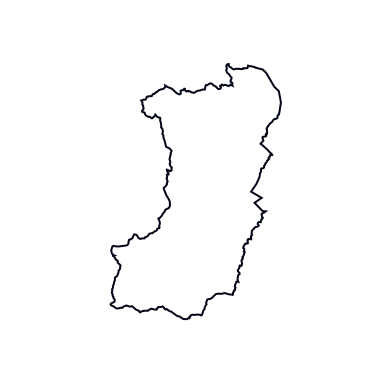 outline of Musi Rawas Utara, Sumatera Selatan, Indonesia, rotated 312°
{"feature_id": "22746128B26074251210079", "entity_name": "Musi Rawas Utara", "entity_type": "district", "adm_level": 2, "iso_a3": "IDN", "parent_name": "Indonesia", "parent_adm1": "Sumatera Selatan", "projection": "natural_earth1", "projection_center": [102.781, -2.706], "detail": "fine", "context": "isolated", "style": "outline", "palette": "ink", "viewbox_px": 384, "rotation_deg": 312, "n_neighbors": 0, "source": "geoboundaries", "source_scale": "gbopen_adm2", "svg_char_len": 6025}
<svg xmlns="http://www.w3.org/2000/svg" viewBox="0 0 384 384"><g transform="rotate(312 192 192)"><path d="M142.7,291.0L143.3,291.0L144.7,289.8L147.6,289.5L147.4,289.2L148.2,289.1L150.1,288.3L150.2,287.3L151.8,286.2L154.0,285.6L154.5,285.1L155.6,285.3L156.2,286.5L156.9,285.0L158.3,283.7L161.3,281.9L162.8,282.3L163.7,281.4L163.7,279.9L164.1,278.7L165.6,278.2L167.5,277.9L168.0,277.2L168.6,277.1L168.9,276.8L169.6,276.8L170.1,278.1L172.1,277.4L173.8,275.0L175.3,274.2L175.5,274.4L176.3,274.5L177.3,273.7L177.5,273.0L179.3,272.9L180.5,272.2L182.5,271.5L182.5,270.3L183.8,269.7L184.7,268.8L184.9,268.2L184.6,267.5L186.3,266.6L187.5,266.6L188.2,266.2L189.2,266.2L190.0,266.9L190.0,266.7L191.6,267.6L192.4,266.6L193.1,266.1L193.1,265.7L193.5,265.3L194.7,265.3L195.3,266.0L195.5,265.8L195.3,266.0L195.8,266.4L196.4,267.6L197.4,267.0L197.4,266.3L198.8,265.4L200.4,265.3L200.6,264.5L203.2,262.5L208.3,262.5L210.0,263.8L211.0,264.2L211.8,264.0L211.9,262.8L212.8,261.7L214.3,261.7L215.6,263.3L217.2,262.2L219.9,262.0L219.7,261.4L220.5,261.0L220.9,260.0L222.3,258.3L225.0,259.3L226.9,259.7L225.1,257.2L225.8,245.7L234.2,247.7L231.8,235.7L241.4,234.4L248.3,232.1L249.5,231.5L250.9,230.2L253.1,229.7L254.0,229.1L254.3,228.5L255.8,227.8L257.6,229.1L258.5,229.1L259.5,228.1L261.1,228.1L262.1,227.5L263.9,227.6L264.6,227.2L265.8,226.9L266.6,227.2L266.8,227.0L268.1,227.1L268.0,226.5L269.2,225.8L270.2,226.1L270.2,225.9L271.1,225.9L271.9,225.3L273.2,226.7L273.6,225.7L273.6,221.7L273.9,221.0L273.9,211.6L273.7,210.7L277.9,210.7L279.7,207.8L280.5,207.8L282.8,209.7L283.6,209.7L283.6,210.2L283.6,208.8L284.7,208.1L285.1,208.8L286.1,208.4L288.5,205.9L288.6,205.3L289.0,205.0L291.4,204.6L291.4,204.4L295.3,204.2L297.3,204.6L300.5,204.2L301.9,204.7L302.4,205.6L302.4,206.2L302.5,205.7L304.6,205.8L305.8,204.7L306.5,204.5L307.1,204.6L308.2,204.2L308.3,204.5L318.0,198.2L325.0,189.1L325.3,182.6L330.2,167.3L330.3,162.5L330.0,162.0L326.8,155.8L327.0,155.7L325.3,152.2L324.3,151.0L323.4,149.1L321.2,150.3L318.9,148.2L318.7,147.6L317.9,147.6L317.7,147.1L317.1,147.1L316.1,146.3L315.2,144.8L312.9,142.1L310.9,140.9L310.5,138.1L310.6,137.5L310.2,135.9L310.6,134.7L311.7,133.7L310.5,132.8L308.6,133.0L308.1,134.1L307.1,135.3L305.3,136.0L304.2,138.2L304.2,141.3L303.5,143.6L303.5,144.8L302.7,145.5L300.8,146.0L300.5,146.6L299.6,147.0L299.6,147.7L300.0,148.2L300.0,149.1L299.3,149.8L298.4,149.9L298.1,150.7L297.6,148.9L297.2,148.7L296.0,148.7L295.0,148.0L294.2,145.6L293.3,144.4L292.1,144.0L292.1,142.9L291.7,142.3L291.3,142.2L290.5,142.5L289.6,141.9L289.4,142.1L289.2,143.4L288.7,143.8L287.1,143.7L286.6,143.3L286.2,142.7L286.0,141.8L286.3,139.5L285.6,136.3L285.8,134.5L285.3,133.3L284.3,132.5L281.6,131.8L280.7,130.8L278.9,131.6L276.8,133.0L274.7,130.9L273.5,130.4L270.6,128.3L267.3,127.2L266.7,126.8L265.6,124.6L265.5,123.1L264.7,122.4L264.7,121.6L264.2,121.1L263.0,120.7L262.9,118.9L263.9,117.9L263.6,117.1L261.8,117.2L260.3,116.0L259.7,115.8L257.6,117.8L256.8,117.8L256.3,117.4L255.8,116.6L255.2,114.4L255.3,108.0L253.6,103.3L253.2,100.8L252.3,101.9L249.9,101.8L249.0,101.5L247.6,100.3L245.4,99.2L243.7,99.2L241.9,98.4L240.3,98.5L238.3,97.4L236.6,97.9L235.9,97.7L234.6,96.0L233.6,95.8L232.9,94.8L232.0,94.8L230.4,95.6L229.2,95.4L227.8,93.9L226.0,93.0L225.5,95.2L223.9,96.4L223.4,98.0L222.6,98.7L222.1,99.8L221.6,99.9L220.7,100.7L219.1,100.5L218.3,101.3L218.3,101.8L219.3,103.7L218.4,105.1L218.1,106.4L218.6,109.3L219.7,110.3L219.8,112.7L220.3,113.1L223.3,113.4L225.0,112.9L225.0,113.4L224.5,115.4L225.1,117.6L225.7,118.2L225.7,119.0L224.2,120.1L223.6,120.7L222.9,122.3L221.4,123.7L220.8,124.8L219.3,125.9L219.1,127.6L218.4,128.9L217.5,129.7L217.1,130.3L215.2,131.1L215.0,132.7L213.0,134.8L211.9,137.2L208.3,142.4L209.3,146.1L208.9,149.4L206.2,150.3L205.5,151.3L204.0,151.8L201.1,153.5L200.2,155.4L199.0,156.3L197.9,156.6L196.9,158.5L196.6,160.7L196.0,160.9L194.4,162.4L193.1,162.0L191.8,158.5L191.0,159.3L191.0,160.3L190.5,160.7L190.4,161.7L189.8,162.5L189.2,162.8L188.7,161.8L187.7,161.9L186.8,163.2L186.2,163.7L185.1,164.0L183.6,166.8L181.7,167.4L181.2,168.2L177.5,168.6L176.5,168.2L175.7,168.5L172.3,175.3L171.6,178.0L170.6,180.8L169.8,182.1L167.5,184.4L165.8,185.3L165.1,185.5L163.8,185.2L161.2,184.1L159.7,184.7L156.0,184.9L153.9,185.4L151.3,185.4L149.8,184.7L149.0,186.7L147.1,189.3L144.8,190.2L144.2,191.3L143.6,191.8L143.2,191.9L141.5,190.7L139.7,191.5L139.0,191.3L137.5,190.5L135.1,190.2L132.7,188.3L128.9,188.5L127.0,187.4L125.9,187.8L124.1,186.0L122.7,185.1L122.3,184.5L122.1,182.9L122.4,181.6L122.9,180.4L122.9,179.0L121.8,177.4L118.0,178.5L116.1,178.3L114.5,177.2L112.4,178.2L112.0,178.8L111.1,179.2L109.6,179.5L109.1,179.4L108.5,179.1L102.4,173.9L100.8,172.0L99.1,169.4L98.2,169.3L94.6,171.0L92.8,173.5L92.5,175.6L92.7,176.2L92.0,175.6L91.6,176.3L92.1,177.6L91.6,178.1L90.8,181.0L90.8,181.7L91.2,182.5L91.0,183.0L89.8,184.1L89.7,187.6L89.3,188.3L88.3,188.7L86.6,190.0L84.5,190.1L83.0,191.2L79.9,192.4L79.0,192.6L77.5,192.0L76.6,192.2L74.6,193.9L72.9,194.4L71.3,195.5L70.2,195.7L67.9,197.3L66.1,197.7L65.5,198.8L64.1,199.3L63.0,200.6L62.9,201.6L61.9,202.3L61.3,203.7L61.4,204.0L60.7,204.7L60.3,206.6L58.9,207.7L57.8,207.7L55.9,206.7L54.2,206.5L53.7,207.5L54.6,211.0L54.8,213.5L56.6,215.6L58.0,216.1L59.1,217.6L59.7,217.8L60.8,217.7L63.7,219.1L65.1,222.3L67.1,224.1L67.1,229.2L68.1,231.6L67.7,233.8L68.7,234.0L69.0,234.4L70.9,235.1L71.1,235.6L72.4,236.5L74.2,238.7L75.7,238.9L78.2,240.0L79.0,241.8L80.6,244.2L81.6,244.4L82.3,243.8L83.3,244.1L84.0,243.9L84.6,244.8L86.4,246.3L87.3,246.7L87.2,249.1L86.8,250.0L87.2,251.2L88.0,251.4L88.5,255.2L89.2,256.6L89.9,263.7L90.4,265.0L90.9,265.3L91.4,266.9L91.3,267.8L91.8,270.5L92.2,271.2L93.2,272.0L94.1,273.4L94.9,273.4L96.0,273.9L96.3,274.5L97.7,274.3L97.6,273.7L99.8,273.7L101.5,274.9L102.4,276.2L104.9,278.3L106.2,280.6L106.4,281.4L107.6,281.6L111.7,279.7L113.7,279.6L114.4,278.8L116.9,278.0L118.2,278.0L119.1,276.6L122.4,275.3L125.2,277.3L126.7,277.7L132.1,278.0L134.2,279.7L135.7,281.7L138.9,284.1L140.8,288.2L142.2,289.9L142.7,291.0Z" fill="none" stroke="#020617" stroke-width="2"/></g></svg>